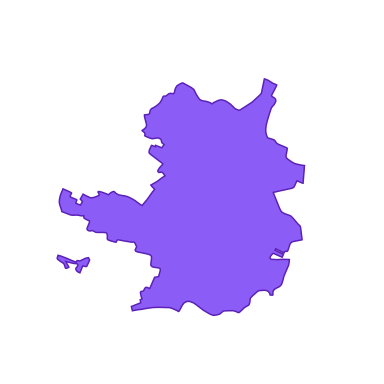 outline of Nam Định, Nam Định, Vietnam, rotated 113°
{"feature_id": "81297802B54089788823696", "entity_name": "Nam Định", "entity_type": "district", "adm_level": 2, "iso_a3": "VNM", "parent_name": "Vietnam", "parent_adm1": "Nam Định", "projection": "mercator", "projection_center": [106.173, 20.418], "detail": "fine", "context": "isolated", "style": "filled", "palette": "violet", "viewbox_px": 384, "rotation_deg": 113, "n_neighbors": 0, "source": "geoboundaries", "source_scale": "gbopen_adm2", "svg_char_len": 6045}
<svg xmlns="http://www.w3.org/2000/svg" viewBox="0 0 384 384"><g transform="rotate(113 192 192)"><path d="M97.1,188.4L96.1,190.9L95.2,195.4L95.1,197.6L95.5,200.4L96.1,201.9L97.2,203.3L98.0,204.1L100.5,206.4L101.3,207.0L102.9,207.8L102.7,211.3L102.9,213.2L103.3,215.5L104.0,218.2L104.0,218.9L103.8,220.8L103.6,221.5L102.1,223.9L100.3,226.4L97.1,230.1L96.8,230.7L96.1,233.6L95.2,242.8L95.3,243.4L96.6,244.8L100.0,247.3L102.3,247.7L103.8,247.7L105.3,247.5L106.4,247.2L108.3,247.2L108.7,247.6L109.1,248.3L109.5,250.3L109.9,250.9L110.6,251.7L113.5,253.3L114.1,253.9L114.7,255.4L115.1,255.7L115.7,255.9L118.7,255.9L122.1,256.3L124.0,257.1L126.2,258.2L128.9,260.0L131.0,261.7L132.1,262.2L133.2,262.4L135.9,261.8L136.8,261.9L137.4,262.3L137.9,262.9L139.5,265.9L140.4,265.6L141.7,264.8L146.8,260.9L148.0,260.1L149.2,259.7L150.6,259.7L153.4,261.0L154.8,262.0L155.0,261.9L155.3,261.3L155.7,259.4L156.0,258.8L157.2,257.8L158.6,257.5L158.9,256.7L158.8,251.7L158.6,249.8L158.2,248.8L156.0,245.5L155.5,244.1L155.4,242.8L155.6,241.4L155.8,241.0L157.7,239.6L158.5,238.8L158.9,237.6L159.2,236.2L163.1,237.1L163.3,243.8L164.7,243.6L164.8,247.3L165.1,247.5L165.7,247.5L169.9,247.7L172.2,247.1L173.0,246.3L173.5,245.0L177.1,231.0L177.6,229.8L178.5,230.0L182.5,231.4L185.3,231.8L185.8,231.7L186.4,231.4L186.8,230.8L186.9,230.1L186.8,229.7L185.8,228.1L185.6,227.1L185.9,226.0L187.7,223.2L190.9,225.4L195.6,228.0L201.7,232.6L202.8,230.6L204.2,227.4L207.0,228.3L216.4,230.4L224.0,232.7L223.4,236.1L222.2,240.9L221.8,243.5L221.5,247.3L221.5,250.1L221.7,251.6L223.2,257.9L223.1,260.5L222.9,261.6L222.1,263.5L222.1,264.4L223.5,265.8L224.4,266.5L227.2,267.9L227.1,270.1L227.4,275.2L227.7,277.1L228.1,278.3L228.3,278.5L228.8,278.5L230.7,276.3L231.1,276.2L231.5,276.3L233.9,278.6L235.3,280.2L236.7,282.4L236.9,283.0L237.0,284.3L236.8,288.7L236.5,291.4L242.2,292.1L243.6,289.1L247.6,289.6L247.8,292.7L247.7,294.6L247.3,294.7L244.5,294.8L244.1,295.1L244.1,302.1L243.6,302.5L243.3,302.6L240.2,302.4L239.9,302.6L239.8,303.0L239.6,305.7L239.5,312.0L245.3,311.9L247.8,311.7L250.9,311.0L253.0,310.3L255.0,309.1L259.3,305.3L260.9,304.2L260.6,295.0L260.2,293.4L259.2,291.0L258.3,289.2L257.8,287.5L257.3,285.0L256.5,282.8L256.2,282.3L257.0,281.9L258.0,281.4L258.3,280.9L258.6,278.7L258.7,275.1L259.2,274.8L260.8,274.5L265.3,274.5L266.8,274.3L267.4,274.0L267.8,273.5L268.0,272.1L267.9,271.3L267.6,270.4L266.6,268.9L266.5,268.3L266.4,267.7L266.7,265.3L266.3,263.5L263.7,257.3L263.2,255.5L263.1,254.7L263.5,254.1L265.4,252.8L268.3,251.7L268.8,250.8L268.9,250.4L268.8,247.9L268.1,242.8L267.9,242.3L267.7,242.2L265.6,242.1L265.3,241.9L265.0,241.5L264.7,240.6L263.8,236.4L261.9,228.3L261.0,226.5L260.9,225.2L261.4,224.5L264.0,221.6L264.9,221.6L267.1,221.7L267.7,221.6L268.4,220.9L268.5,219.4L268.4,218.1L267.7,215.1L266.6,209.4L266.3,206.8L266.4,205.3L267.0,204.4L268.1,203.6L274.8,201.6L275.6,201.1L276.1,200.1L276.3,199.5L276.3,198.4L276.0,197.2L274.9,193.0L274.9,192.1L275.0,191.5L275.4,191.1L276.8,190.5L281.5,189.9L282.9,189.8L283.2,190.0L285.1,193.1L297.3,193.2L297.4,196.4L297.6,196.8L297.9,197.2L298.3,197.5L299.1,197.8L301.6,198.0L302.3,198.3L302.8,198.8L303.3,199.9L303.9,200.2L304.8,200.2L308.0,198.0L309.9,196.2L311.5,197.6L314.0,195.9L318.2,200.2L320.2,202.1L321.0,203.1L324.6,200.5L321.1,195.1L319.8,192.7L316.3,187.4L313.6,182.8L311.4,178.1L309.8,174.1L307.2,167.5L306.9,164.3L307.0,159.4L307.3,157.8L306.6,157.3L302.9,156.9L300.0,156.7L297.1,155.9L295.3,154.5L294.4,153.3L293.8,152.0L293.6,150.2L293.5,147.3L293.9,145.0L296.4,135.3L297.4,127.7L297.3,125.1L297.1,123.9L295.7,121.5L293.6,118.8L289.3,116.6L287.8,113.7L285.3,108.1L284.9,105.9L284.9,102.6L284.7,101.8L284.4,101.5L283.3,100.9L278.2,98.7L277.1,98.0L274.6,96.1L273.6,95.5L271.2,95.6L267.2,96.8L266.7,96.7L263.9,95.7L257.7,92.7L256.7,91.8L254.5,87.7L254.1,86.8L253.6,84.7L253.7,83.1L253.9,82.5L255.0,80.8L256.3,79.8L255.4,77.4L255.0,77.4L252.2,78.5L251.1,78.5L250.5,78.4L248.8,77.7L246.9,76.3L246.1,75.4L244.6,74.4L242.8,73.6L241.7,73.5L238.7,73.7L233.3,74.5L221.6,74.5L219.2,75.0L216.1,76.0L218.3,81.7L221.1,87.5L223.0,92.8L222.8,93.5L222.5,94.2L222.2,94.4L221.7,94.6L221.2,94.6L220.4,94.6L218.9,94.2L217.0,93.6L216.7,93.3L216.8,83.5L213.7,83.5L213.2,92.8L211.5,92.8L212.1,83.5L210.8,83.4L210.2,82.9L209.4,81.2L209.0,81.0L207.6,80.9L202.1,81.4L200.7,81.3L199.4,80.7L198.8,80.2L197.9,79.3L193.0,72.0L192.2,72.4L182.2,78.2L181.2,79.1L180.8,79.8L180.1,81.8L176.2,89.7L175.4,92.1L175.7,98.0L175.6,99.9L175.4,101.2L174.8,102.7L172.9,104.9L161.7,116.1L160.6,117.0L156.9,111.9L149.8,101.9L148.8,100.7L147.4,100.0L141.5,99.8L140.7,99.7L140.7,94.0L140.5,93.2L127.5,97.5L124.6,98.6L123.7,98.7L124.9,103.5L125.7,108.4L125.4,111.7L124.5,116.0L124.2,117.2L123.8,118.1L123.2,118.8L122.6,119.3L121.3,119.8L119.6,120.1L114.9,121.2L114.5,121.6L114.3,122.1L114.3,131.0L114.2,132.1L114.0,133.1L113.5,134.0L112.3,135.8L112.0,136.7L112.0,138.4L112.5,142.6L112.5,143.5L112.0,144.2L110.8,145.4L108.3,147.3L105.8,148.5L101.6,149.8L97.1,150.5L92.0,151.1L84.3,151.8L82.1,151.5L80.0,150.7L78.2,150.4L76.1,150.3L75.3,150.5L74.6,150.9L73.8,151.6L73.3,152.6L72.8,155.7L72.2,156.4L71.8,156.5L63.0,155.8L60.4,155.8L60.3,156.5L60.3,160.4L59.4,165.5L59.4,167.6L59.6,169.6L73.0,166.9L73.9,166.8L75.1,167.0L77.5,168.0L85.9,171.8L96.4,178.9L97.5,179.7L98.2,180.5L98.5,180.8L98.5,181.2L98.5,184.2L98.4,185.1L98.2,185.8L97.7,186.7L97.1,188.4ZM302.7,263.7L302.2,260.7L301.7,260.0L301.4,259.8L295.6,259.6L294.9,259.6L294.1,260.2L292.9,261.6L293.8,263.1L294.9,264.4L298.9,267.9L299.4,268.7L299.9,270.9L301.7,271.3L302.0,273.7L302.0,282.1L302.2,287.8L302.6,290.6L305.3,290.3L305.7,290.2L306.2,289.8L306.6,288.8L307.2,286.4L307.7,283.5L308.0,282.3L308.5,281.5L309.0,280.9L311.4,278.9L311.5,278.5L311.4,278.2L311.1,277.5L310.5,276.9L309.3,276.0L308.3,277.1L306.9,279.1L305.3,281.0L304.8,277.5L303.9,272.6L303.1,270.4L303.1,269.3L303.3,269.0L303.9,268.5L304.5,268.4L306.1,268.6L307.1,269.0L308.0,269.0L308.5,268.7L309.5,267.7L309.7,267.3L310.0,266.3L310.2,265.3L310.2,263.6L303.2,263.7L302.7,263.7Z" fill="#8b5cf6" stroke="#5b21b6" stroke-width="1.5"/></g></svg>